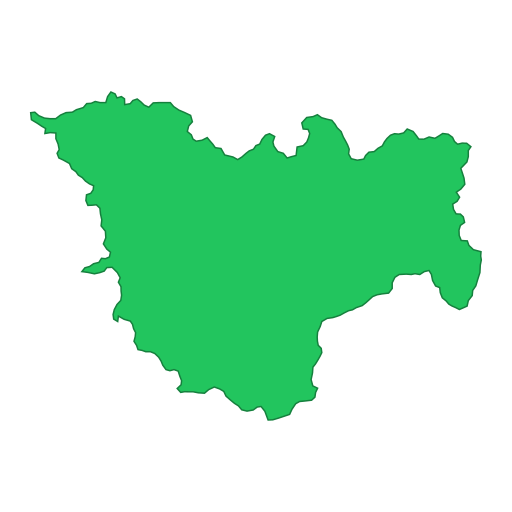 the district of Alto Rio Doce, Minas Gerais, Brazil
{"feature_id": "56859067B36714206475136", "entity_name": "Alto Rio Doce", "entity_type": "district", "adm_level": 2, "iso_a3": "BRA", "parent_name": "Brazil", "parent_adm1": "Minas Gerais", "projection": "mercator", "projection_center": [-43.404, -21.048], "detail": "fine", "context": "isolated", "style": "filled", "palette": "green", "viewbox_px": 512, "rotation_deg": 0, "n_neighbors": 0, "source": "geoboundaries", "source_scale": "gbopen_adm2", "svg_char_len": 4070}
<svg xmlns="http://www.w3.org/2000/svg" viewBox="0 0 512 512"><path d="M173.7,106.6L170.3,102.6L165.0,102.6L159.3,102.6L153.2,102.9L148.8,107.2L144.2,105.1L140.8,101.8L137.2,99.0L132.9,100.5L130.2,103.7L124.7,104.6L124.5,98.8L121.4,96.6L117.0,97.9L115.1,93.9L110.9,92.0L107.6,96.6L105.8,102.6L100.1,102.6L95.2,101.5L91.2,103.3L86.7,103.6L83.3,107.6L76.4,109.7L72.3,112.2L66.1,112.6L60.6,115.0L55.7,118.7L50.2,118.7L44.5,118.1L38.8,115.7L34.8,112.2L30.7,112.7L31.4,119.7L37.4,123.3L41.7,126.2L45.6,128.5L44.9,133.5L50.2,132.6L55.9,133.0L55.9,138.7L58.1,144.0L59.2,149.6L57.1,153.3L58.9,158.0L63.2,160.0L69.5,163.5L71.7,168.7L75.9,171.7L78.4,175.2L82.3,177.6L85.5,181.1L89.5,183.9L93.6,185.7L93.2,189.8L90.8,193.3L86.5,194.8L85.9,200.6L87.9,205.4L92.1,205.2L96.4,204.8L99.9,208.2L100.5,213.9L101.8,219.8L101.1,225.9L105.4,231.2L105.8,237.8L103.4,243.9L106.8,249.1L110.5,252.2L109.4,257.0L105.4,258.7L101.5,258.3L98.9,262.4L93.6,263.7L89.6,266.5L84.9,267.8L81.9,271.6L87.9,272.4L94.4,273.8L99.9,272.6L104.2,271.1L106.8,267.6L112.1,267.3L117.4,272.6L120.2,277.8L118.4,282.2L121.0,286.7L121.1,291.1L121.6,295.2L120.8,300.4L117.0,304.5L114.3,309.6L113.1,314.5L113.7,319.1L117.7,321.5L118.4,316.1L124.1,319.3L130.3,321.1L132.5,324.3L133.6,328.7L135.6,332.6L135.2,336.7L134.0,341.3L136.6,345.4L138.0,349.6L142.1,350.4L145.7,351.7L150.4,351.7L154.8,353.5L158.7,357.2L161.1,361.1L162.8,365.2L166.0,369.6L169.9,370.7L174.0,369.6L178.2,371.1L179.8,376.1L181.6,380.7L181.1,384.8L177.2,388.5L180.7,392.4L184.5,391.7L188.6,391.8L193.2,391.8L198.3,392.8L204.5,393.2L208.7,389.6L214.3,387.0L219.6,388.9L223.8,391.4L226.0,396.1L230.2,399.8L234.4,403.3L238.5,405.9L241.7,409.8L247.0,411.1L253.2,410.0L257.3,407.0L261.1,406.5L264.9,411.3L266.4,415.4L268.1,420.0L272.8,419.8L278.2,418.2L284.5,416.1L289.6,414.4L292.0,409.2L295.7,403.7L299.6,401.5L305.6,400.9L311.6,400.2L314.9,397.2L315.6,392.4L317.6,388.2L312.8,385.9L311.1,379.6L312.5,372.9L312.9,367.2L315.5,363.9L318.0,359.8L320.0,356.3L321.8,352.6L321.2,348.3L318.2,345.3L317.4,341.1L317.2,337.0L317.6,332.0L320.2,326.5L321.8,321.5L327.1,318.4L332.8,317.6L336.4,316.5L340.1,315.2L344.4,312.8L348.6,310.7L352.5,309.8L356.3,307.6L362.2,305.6L366.0,302.6L369.1,299.8L372.6,296.6L377.0,294.8L381.9,293.9L388.6,293.1L392.2,288.5L392.2,282.8L394.9,277.3L399.2,274.5L406.3,274.1L411.2,274.5L415.0,273.7L419.8,274.5L424.3,271.6L429.0,270.5L431.4,274.4L432.6,280.5L435.6,286.0L439.7,287.6L440.3,292.7L442.3,297.8L446.2,301.0L448.8,304.1L452.0,306.0L455.7,307.6L459.4,309.5L463.3,307.8L467.1,306.1L468.3,300.6L472.2,295.6L472.7,290.4L475.8,285.9L477.6,279.8L479.9,272.6L480.3,265.0L481.3,260.0L480.7,256.1L481.0,251.7L473.4,249.7L468.9,245.4L467.3,240.9L461.2,240.5L459.2,235.5L459.0,230.0L460.4,225.4L464.6,222.4L463.3,216.9L460.4,214.1L456.1,213.9L453.5,209.4L452.7,204.1L457.1,201.3L459.6,197.2L456.3,192.2L460.8,189.1L464.8,184.3L464.0,178.1L462.4,173.1L460.8,168.3L464.2,164.8L466.9,162.0L468.3,156.6L468.3,150.5L470.9,146.7L466.7,143.3L462.2,143.1L457.6,144.2L454.5,141.5L452.5,137.3L448.2,134.2L442.7,133.5L439.3,135.7L435.0,138.3L429.1,137.0L423.9,139.2L418.8,139.1L416.4,135.7L413.1,131.5L407.2,129.0L403.7,132.9L398.7,134.1L394.5,133.7L390.5,135.2L387.0,138.5L384.5,141.8L382.3,145.9L378.0,148.3L374.2,151.6L368.9,152.2L365.6,155.5L363.8,159.1L357.3,160.2L351.2,158.7L348.6,153.9L349.2,149.2L347.6,145.0L345.7,141.3L343.3,137.0L341.1,131.6L337.1,127.7L335.0,124.2L331.8,120.3L326.9,119.2L321.6,117.7L317.4,114.7L313.1,116.6L306.7,117.5L301.8,122.9L303.2,129.0L308.1,129.4L309.7,133.5L308.5,137.9L306.8,142.0L303.2,145.7L297.1,147.0L296.1,155.5L291.3,156.7L287.1,158.0L283.3,153.3L277.8,151.6L273.9,146.1L272.9,142.0L274.7,136.5L269.5,133.7L265.5,135.2L262.0,139.4L259.7,144.1L255.9,145.6L253.5,149.2L249.2,150.9L246.1,153.3L241.9,157.0L237.7,159.6L233.0,157.0L228.5,155.9L224.7,155.0L221.0,148.5L215.3,147.7L212.8,144.2L210.1,141.1L207.2,137.6L202.1,140.2L196.2,141.2L193.0,139.1L191.3,134.8L187.3,131.5L188.7,125.9L192.4,121.8L190.6,115.4L184.5,112.5L178.9,110.1L173.7,106.6Z" fill="#22c55e" stroke="#15803d" stroke-width="1.5"/></svg>